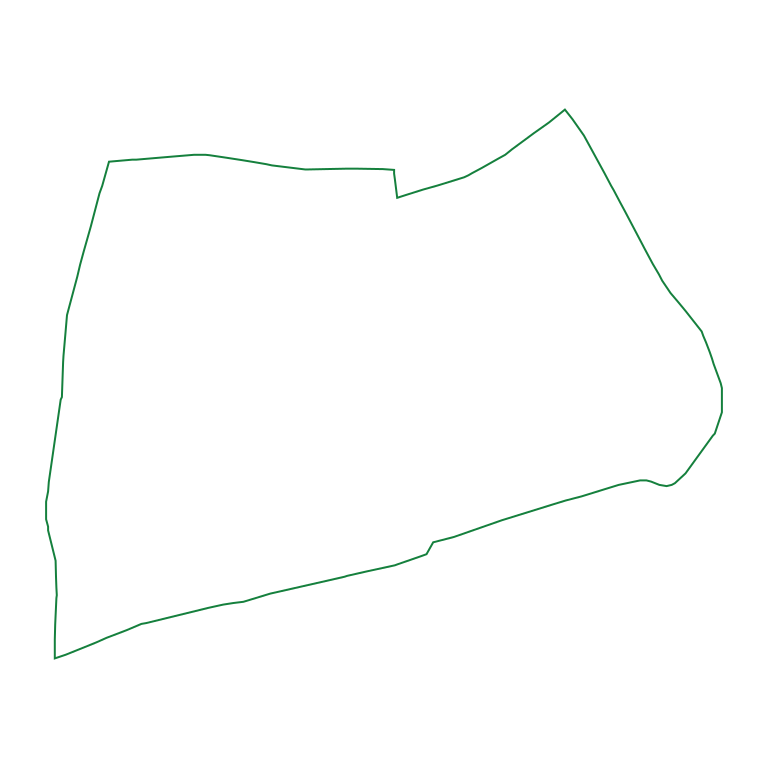 Old City, Amanat Al Asimah, Yemen (orthographic projection)
{"feature_id": "15242507B70812526039843", "entity_name": "Old City", "entity_type": "district", "adm_level": 2, "iso_a3": "YEM", "parent_name": "Yemen", "parent_adm1": "Amanat Al Asimah", "projection": "orthographic", "projection_center": [44.214, 15.355], "detail": "fine", "context": "isolated", "style": "outline", "palette": "green", "viewbox_px": 768, "rotation_deg": 0, "n_neighbors": 0, "source": "geoboundaries", "source_scale": "gbopen_adm2", "svg_char_len": 1609}
<svg xmlns="http://www.w3.org/2000/svg" viewBox="0 0 768 768"><path d="M54.8,658.4L65.8,654.7L96.3,642.4L106.6,637.8L126.8,630.1L141.4,623.9L146.1,623.1L208.2,607.9L223.2,604.6L233.5,603.0L243.4,601.8L270.3,593.6L344.7,576.7L347.0,575.9L366.8,571.4L394.9,565.3L397.3,564.4L421.0,556.2L426.5,554.2L433.2,542.3L453.8,537.0L502.0,520.2L552.3,504.6L565.7,500.5L581.5,496.4L588.3,494.3L604.1,489.4L618.7,484.9L640.1,480.4L644.0,480.4L646.4,480.4L651.1,481.6L659.4,484.9L666.6,486.1L671.7,484.9L674.9,483.2L685.5,473.4L712.8,435.7L714.8,433.6L721.9,412.3L721.9,388.1L720.7,383.2L713.6,363.9L712.0,358.6L709.7,352.0L706.1,342.6L703.3,336.0L701.7,331.5L685.9,311.4L678.8,302.8L670.5,293.0L662.2,280.7L659.0,274.5L652.7,263.8L644.4,248.3L642.0,243.7L634.9,230.2L625.0,211.4L620.3,202.7L613.6,190.0L611.2,185.9L604.5,173.2L583.9,135.5L572.4,119.1L564.9,109.6L549.1,122.4L534.1,133.0L511.9,149.4L505.2,154.8L498.5,158.5L481.9,167.9L472.0,173.2L468.4,175.3L464.1,177.3L437.6,185.5L423.0,189.6L405.9,195.0L397.2,197.8L394.9,179.4L394.5,176.5L394.1,173.6L394.1,169.9L383.0,169.1L358.5,168.7L345.1,168.7L305.5,169.5L271.9,165.4L266.4,164.2L254.1,162.1L241.8,160.1L225.6,157.6L209.4,155.2L205.5,154.8L194.0,154.8L169.9,156.8L135.9,159.7L131.9,159.7L109.0,161.7L102.2,185.9L99.5,193.3L90.8,226.5L83.7,251.5L80.1,264.7L77.3,276.6L67.0,315.1L65.5,332.7L63.5,355.7L63.1,362.3L61.9,397.1L60.7,399.6L52.0,459.9L48.8,482.0L48.1,491.4L46.1,501.7L46.1,519.3L48.1,526.7L48.1,530.4L54.0,554.2L55.6,560.7L56.0,576.7L56.4,587.8L56.8,595.2L56.4,598.1L55.2,624.3L54.8,639.5L54.8,658.4Z" fill="none" stroke="#15803d" stroke-width="2"/></svg>